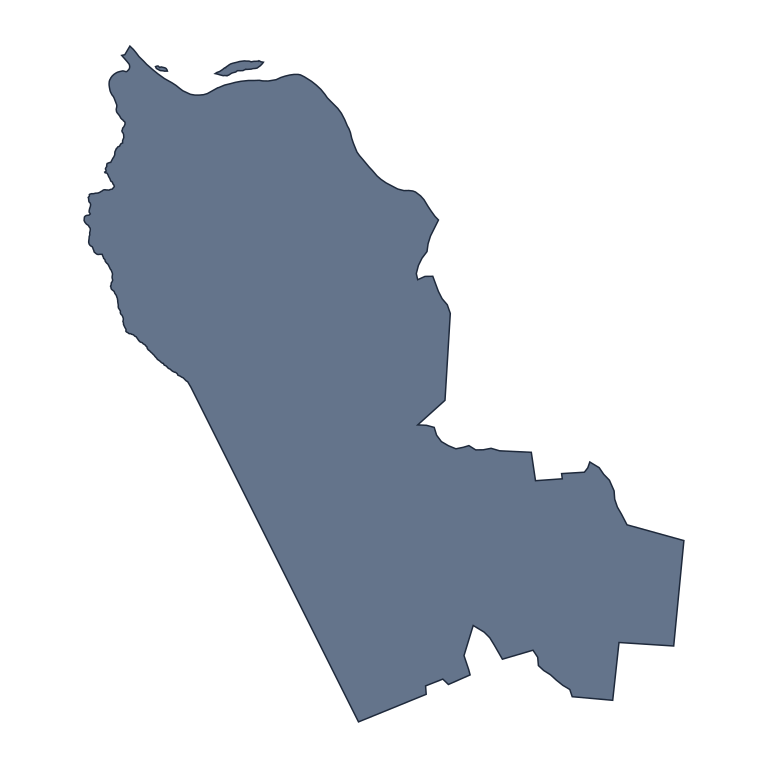 the district of Capital, Misiones, Argentina
{"feature_id": "61730980B30289947598516", "entity_name": "Capital", "entity_type": "district", "adm_level": 2, "iso_a3": "ARG", "parent_name": "Argentina", "parent_adm1": "Misiones", "projection": "robinson", "projection_center": [-55.968, -27.541], "detail": "fine", "context": "isolated", "style": "filled", "palette": "slate", "viewbox_px": 768, "rotation_deg": 0, "n_neighbors": 0, "source": "geoboundaries", "source_scale": "gbopen_adm2", "svg_char_len": 5918}
<svg xmlns="http://www.w3.org/2000/svg" viewBox="0 0 768 768"><path d="M358.5,721.9L426.2,694.3L425.6,685.9L442.8,679.1L448.4,684.5L470.1,674.9L468.7,669.6L464.0,655.6L473.2,625.5L484.1,632.1L489.8,637.8L494.1,644.8L502.4,659.2L533.0,650.2L537.7,657.3L538.4,665.6L543.7,670.5L550.5,674.8L556.5,680.3L562.9,685.4L569.8,689.5L572.2,696.7L612.7,700.3L619.0,642.5L673.7,646.0L683.9,540.6L627.0,524.8L621.5,514.2L617.4,507.1L614.7,499.2L614.1,490.9L609.4,480.2L603.7,474.3L599.2,467.7L589.8,462.0L587.8,467.8L584.4,472.2L561.6,473.6L562.3,478.8L535.5,480.7L531.3,452.3L499.6,450.8L491.1,448.3L483.2,449.8L475.7,449.9L468.9,445.6L463.3,447.3L455.9,448.8L448.4,445.7L441.4,441.6L436.6,435.2L434.2,427.4L426.5,425.3L417.7,424.9L445.0,400.3L450.3,313.4L447.3,304.8L442.1,298.7L438.4,291.4L432.8,276.3L425.0,276.4L417.7,279.7L416.3,273.6L418.4,265.5L422.0,258.2L427.0,251.6L428.1,243.7L430.5,236.0L438.5,220.0L435.0,216.4L431.1,211.0L428.1,206.5L424.0,199.7L420.6,195.9L415.5,192.0L412.9,191.0L408.8,190.5L403.9,190.6L397.7,189.0L386.1,182.9L380.9,179.3L377.1,176.0L372.3,170.4L369.1,167.0L363.1,159.8L359.5,155.6L357.0,152.1L355.4,148.2L353.3,143.0L351.7,138.2L350.4,132.5L348.9,128.6L347.4,126.0L344.7,119.6L341.4,113.3L337.8,108.4L330.5,101.1L327.3,97.8L324.9,94.3L320.9,89.4L316.3,85.1L311.5,81.3L304.5,76.9L300.5,74.9L298.1,74.4L294.1,74.4L289.8,75.0L285.2,76.1L280.8,77.5L276.1,79.7L268.2,81.0L262.7,80.9L259.3,80.3L254.1,80.5L248.3,80.5L240.9,81.3L235.1,82.4L230.7,83.6L224.5,85.1L218.9,87.5L217.7,87.8L207.3,93.6L203.5,94.7L198.9,95.1L195.0,95.1L190.4,94.3L182.9,90.8L179.7,88.4L176.0,85.4L172.0,82.8L164.5,78.6L158.1,74.0L153.3,70.1L146.7,64.4L143.7,61.2L139.0,56.6L136.7,53.5L133.6,49.7L129.9,46.1L124.8,54.7L121.7,55.4L127.2,61.7L129.3,64.4L129.6,65.9L129.7,66.9L129.5,68.2L128.9,69.4L127.0,71.4L126.1,71.7L124.6,71.3L123.7,71.0L122.6,70.9L119.5,71.6L117.5,72.2L115.8,73.1L113.9,74.4L112.2,76.0L110.8,77.9L110.4,78.9L110.2,79.1L109.8,79.8L109.3,81.3L109.1,83.3L109.1,85.0L109.4,87.3L110.1,90.9L110.8,92.6L112.0,94.9L113.3,96.5L114.0,97.8L116.7,104.8L116.8,105.7L116.7,107.1L116.4,108.3L116.2,109.4L116.5,111.5L117.0,112.6L118.6,114.6L119.6,115.9L120.1,116.8L120.7,118.0L121.8,119.2L122.8,119.9L123.5,120.9L124.5,121.6L125.0,122.4L125.0,123.2L125.0,124.2L124.2,126.1L123.6,127.1L122.8,127.9L122.5,128.9L122.3,129.9L121.9,130.7L122.1,131.8L122.9,132.8L123.6,134.4L123.8,137.6L122.6,140.5L122.6,142.7L122.6,142.9L122.4,142.9L122.2,143.1L121.0,143.7L120.0,145.2L119.6,146.2L117.8,146.9L116.5,148.7L116.3,148.7L114.9,151.9L114.7,154.9L114.5,155.3L114.4,155.6L113.7,157.1L112.9,158.2L110.7,162.4L109.7,162.5L109.1,162.7L107.1,163.5L106.8,164.7L106.7,165.3L106.7,166.7L106.1,167.3L105.4,168.9L106.0,170.2L106.0,171.2L104.7,172.1L105.1,172.8L106.5,173.0L107.2,173.4L108.0,174.9L108.4,175.9L108.6,176.5L109.8,178.5L110.4,180.1L111.0,181.3L112.2,182.0L112.5,182.5L113.0,184.0L114.0,185.2L114.3,186.6L113.5,187.6L112.9,188.2L112.3,189.1L110.2,189.5L109.3,190.0L108.5,190.1L106.8,189.9L106.2,190.0L105.0,189.7L103.3,190.0L102.1,191.0L101.3,191.3L100.5,191.9L98.7,192.8L97.4,193.1L95.3,193.2L93.9,193.6L93.3,193.7L91.3,193.7L89.6,194.3L89.3,194.6L89.4,195.7L89.3,196.3L88.2,197.4L88.6,198.7L88.7,200.3L88.9,200.9L88.9,201.7L90.2,203.1L90.6,204.3L90.6,205.0L90.3,206.7L89.7,208.3L89.3,210.0L89.1,211.1L89.2,212.3L89.7,212.9L90.3,213.9L89.6,214.6L88.8,215.2L87.9,215.3L87.1,215.3L86.2,215.5L85.0,216.3L84.4,217.1L84.2,219.1L84.1,220.6L85.0,222.4L86.5,224.2L87.7,224.9L88.6,225.8L89.3,227.1L90.2,228.3L90.3,229.6L90.1,231.2L89.7,232.3L89.7,233.8L89.8,234.9L89.2,236.5L89.1,238.2L88.9,239.8L88.7,241.4L88.7,242.4L89.1,244.0L89.7,244.9L90.3,245.6L91.0,246.1L92.2,246.7L92.7,247.7L93.3,249.4L93.8,250.5L94.1,251.9L95.1,252.8L95.9,253.5L97.1,254.3L98.2,254.5L100.1,254.3L101.3,254.3L102.3,254.4L102.6,255.7L103.3,257.1L103.6,258.3L104.9,259.6L105.3,261.4L106.1,262.4L106.9,263.4L107.5,263.7L108.4,265.1L109.3,266.9L109.9,268.2L110.5,269.4L111.1,270.0L112.3,273.0L112.5,274.2L112.1,276.7L112.1,277.8L112.6,279.8L112.6,280.6L112.0,281.9L111.3,282.8L111.2,283.8L111.1,285.0L110.5,286.2L110.9,287.1L111.2,288.8L112.1,289.8L113.5,290.9L114.2,291.5L114.7,293.0L115.0,293.6L116.3,295.4L116.9,297.3L117.4,298.3L117.4,299.0L117.7,300.2L117.7,301.4L118.1,304.1L118.3,304.9L118.2,306.3L118.4,307.9L120.4,311.0L120.3,312.9L121.0,314.4L121.8,315.0L122.5,316.2L123.3,318.4L123.3,319.5L123.2,320.3L122.9,321.5L123.4,322.6L123.5,323.7L123.5,324.5L125.0,327.7L125.7,328.8L126.0,329.3L125.9,331.3L126.5,332.0L127.4,332.4L127.9,332.7L128.8,333.5L129.4,333.7L130.8,333.7L131.4,334.2L133.5,334.8L134.7,336.1L136.2,336.8L136.9,337.9L137.5,338.7L138.9,340.8L139.4,341.1L140.2,342.0L142.3,342.7L143.2,343.8L145.0,344.8L145.7,345.8L146.9,346.9L147.3,348.5L148.3,349.9L149.6,350.8L150.8,352.1L152.0,353.1L152.9,354.1L154.2,355.3L155.0,356.5L155.7,357.2L156.9,358.5L157.3,359.3L159.8,361.0L161.0,362.2L162.5,363.3L163.4,363.4L164.1,365.0L164.6,365.3L165.4,365.5L166.5,366.3L168.4,368.4L169.9,369.0L172.3,371.1L174.5,372.2L175.5,372.3L177.2,373.6L177.9,375.2L179.9,376.0L182.0,377.3L183.2,377.8L186.0,380.7L186.9,381.3L187.6,381.6L191.0,387.4L358.5,721.9ZM258.9,60.7L258.3,61.3L258.0,61.1L255.9,61.3L253.9,61.3L251.2,61.8L249.1,61.1L246.7,61.1L244.4,60.9L239.5,61.5L237.1,62.2L232.9,63.2L230.7,63.9L229.0,64.9L227.6,66.0L226.1,66.9L225.6,67.8L224.8,67.8L224.3,68.1L222.6,69.5L219.6,71.5L216.8,72.5L215.2,73.6L217.5,74.1L220.1,74.9L222.4,75.5L223.2,75.7L224.8,75.5L227.0,75.8L227.1,75.5L227.5,75.5L228.7,75.1L231.3,73.4L232.4,72.9L235.8,72.0L237.4,70.7L240.6,70.7L243.0,70.6L245.1,69.5L245.8,69.5L245.9,69.2L247.1,69.4L251.3,69.1L252.9,68.6L255.0,68.5L257.1,68.1L258.7,66.9L260.4,65.7L262.5,63.5L263.4,62.2L261.1,61.8L258.9,60.7ZM158.3,66.1L157.2,66.0L155.5,66.6L156.4,68.5L158.2,69.5L160.2,70.6L162.9,70.8L164.7,71.2L165.9,71.1L167.4,71.1L167.0,69.8L166.1,68.5L164.9,67.8L161.1,66.9L159.7,67.5L158.3,66.1Z" fill="#64748b" stroke="#1e293b" stroke-width="1.5"/></svg>